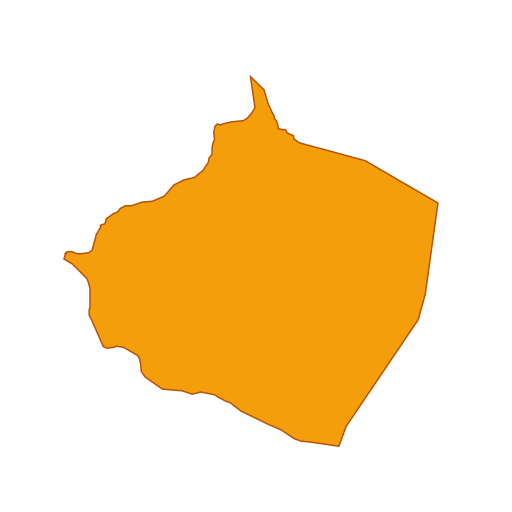 Chiquihuitlán de Benito Juárez, Oaxaca, Mexico (Mercator projection), rotated 205°
{"feature_id": "50627088B93670020646258", "entity_name": "Chiquihuitlán de Benito Juárez", "entity_type": "district", "adm_level": 2, "iso_a3": "MEX", "parent_name": "Mexico", "parent_adm1": "Oaxaca", "projection": "mercator", "projection_center": [-96.732, 17.989], "detail": "fine", "context": "isolated", "style": "filled", "palette": "amber", "viewbox_px": 512, "rotation_deg": 205, "n_neighbors": 0, "source": "geoboundaries", "source_scale": "gbopen_adm2", "svg_char_len": 1595}
<svg xmlns="http://www.w3.org/2000/svg" viewBox="0 0 512 512"><g transform="rotate(205 256 256)"><path d="M378.3,128.9L356.0,109.3L352.2,109.5L346.9,112.7L344.3,115.2L337.5,117.3L322.7,115.9L322.0,116.1L318.5,114.1L314.3,108.5L311.4,103.1L305.5,99.5L284.5,95.8L266.0,102.6L255.4,103.8L248.4,109.5L234.4,112.8L230.6,112.0L221.4,111.6L217.5,112.2L204.2,109.1L191.2,108.9L173.8,108.6L159.7,109.0L144.3,106.6L136.6,107.3L129.2,110.0L121.2,112.4L100.5,118.6L102.3,139.7L82.1,266.9L86.4,292.7L113.5,380.9L197.4,388.5L264.4,376.9L264.8,377.0L265.0,377.0L268.2,377.6L271.2,378.2L272.8,380.7L273.6,381.0L276.4,380.6L277.8,380.7L279.9,380.8L281.7,382.5L282.9,382.9L285.8,381.7L289.6,380.8L291.6,383.8L292.1,384.7L294.7,387.2L297.4,388.3L298.7,390.5L301.6,392.6L309.9,399.6L318.8,409.9L336.8,416.2L319.7,390.1L319.8,387.6L320.5,382.9L322.1,377.2L324.7,373.3L334.7,367.3L341.1,362.4L343.9,359.5L346.8,359.4L347.6,357.4L347.9,355.6L346.3,349.6L342.9,344.2L342.8,342.4L342.7,340.0L341.8,336.3L338.9,329.5L339.9,325.1L338.8,320.6L340.2,311.2L345.1,301.0L353.4,294.6L360.4,285.8L364.4,271.5L373.2,261.7L381.9,256.8L390.1,249.0L395.8,246.1L399.1,241.7L400.1,237.4L403.3,233.9L407.5,226.3L407.0,224.9L406.6,221.4L410.0,218.0L408.9,216.6L409.2,215.4L409.8,207.6L409.3,205.2L408.2,198.7L407.0,192.2L408.8,188.4L414.3,184.9L417.2,183.2L420.0,182.3L425.0,182.1L428.8,180.1L429.8,178.7L429.0,177.9L429.9,177.4L429.2,176.6L429.4,176.0L428.7,172.1L418.7,171.1L403.1,165.3L399.9,164.1L397.9,162.5L392.9,156.7L384.7,139.1L384.6,137.0L382.1,131.7L378.3,128.9Z" fill="#f59e0b" stroke="#b45309" stroke-width="1.5"/></g></svg>